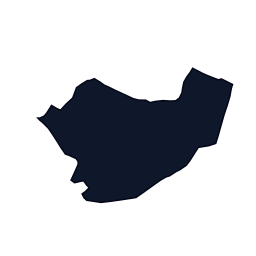 the district of Dostluk, Chardzhou, Turkmenistan, rotated 204°
{"feature_id": "10190150B13703090222147", "entity_name": "Dostluk", "entity_type": "district", "adm_level": 2, "iso_a3": "TKM", "parent_name": "Turkmenistan", "parent_adm1": "Chardzhou", "projection": "albers", "projection_center": [65.017, 37.433], "detail": "fine", "context": "isolated", "style": "filled", "palette": "ink", "viewbox_px": 256, "rotation_deg": 204, "n_neighbors": 0, "source": "geoboundaries", "source_scale": "gbopen_adm2", "svg_char_len": 1363}
<svg xmlns="http://www.w3.org/2000/svg" viewBox="0 0 256 256"><g transform="rotate(204 128 128)"><path d="M122.5,49.0L115.4,53.2L105.9,59.1L99.2,63.4L97.4,64.5L92.5,67.7L90.6,70.8L85.9,78.7L84.1,81.8L81.0,87.1L77.5,93.0L73.5,98.7L73.4,98.8L70.5,101.3L69.1,103.5L66.6,107.4L63.5,111.3L59.6,117.6L58.2,123.6L57.1,130.9L56.9,132.3L55.9,138.9L49.0,143.4L46.9,144.8L41.6,149.6L42.5,157.3L43.7,165.5L45.6,178.7L46.6,188.7L46.6,188.8L47.8,198.3L49.7,206.0L50.2,210.2L50.2,210.3L62.6,210.8L62.8,210.7L63.3,210.2L65.0,208.8L70.1,208.5L77.6,208.2L82.5,208.2L83.7,208.3L92.5,208.8L93.2,208.9L93.9,203.5L95.0,198.8L95.6,192.7L94.3,186.7L93.0,182.0L93.3,176.3L95.4,172.3L100.1,169.9L107.1,167.3L113.5,163.6L118.2,160.2L123.2,160.6L129.5,157.9L135.2,156.9L154.3,157.2L162.0,157.5L167.4,157.5L171.4,158.4L178.8,159.4L182.1,156.0L184.5,154.7L188.4,149.0L191.4,143.9L190.7,132.9L194.3,124.5L196.9,116.8L200.9,116.8L207.0,117.5L208.3,108.6L209.4,104.9L212.4,101.3L214.4,100.4L211.5,99.2L211.4,99.2L207.9,98.2L200.6,95.4L193.3,90.9L187.1,86.8L186.2,86.2L180.9,82.6L174.5,78.7L170.9,79.1L167.1,79.0L163.0,79.0L162.5,78.7L161.4,78.0L159.9,77.1L158.8,74.7L158.7,71.8L158.7,65.1L158.8,57.2L154.5,56.3L149.7,60.0L147.0,61.7L142.8,59.2L141.8,58.8L139.2,57.7L140.9,52.9L143.1,49.1L139.8,46.4L136.3,45.2L129.9,47.0L122.5,49.0Z" fill="#0f172a" stroke="#020617" stroke-width="1.5"/></g></svg>